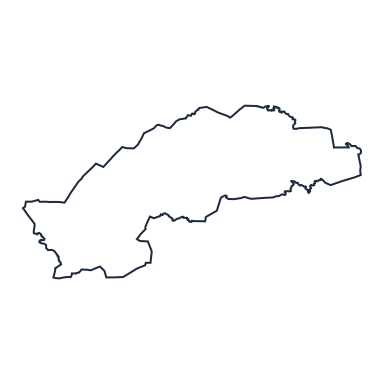 the district of Lauderu pag., Ludzas, Latvia
{"feature_id": "27541924B59482299052757", "entity_name": "Lauderu pag.", "entity_type": "district", "adm_level": 2, "iso_a3": "LVA", "parent_name": "Latvia", "parent_adm1": "Ludzas", "projection": "robinson", "projection_center": [27.977, 56.316], "detail": "fine", "context": "isolated", "style": "outline", "palette": "slate", "viewbox_px": 384, "rotation_deg": 0, "n_neighbors": 0, "source": "geoboundaries", "source_scale": "gbopen_adm2", "svg_char_len": 6010}
<svg xmlns="http://www.w3.org/2000/svg" viewBox="0 0 384 384"><path d="M278.9,196.1L281.6,194.5L283.2,194.4L284.5,195.0L285.0,195.0L285.3,194.8L285.5,194.5L285.7,193.1L284.7,192.2L284.6,191.9L284.9,191.4L285.4,191.3L288.2,191.1L289.3,191.5L290.6,191.2L290.9,190.9L290.9,190.7L290.5,188.8L291.7,187.0L291.5,186.3L291.6,186.0L293.1,185.1L293.6,184.6L293.8,183.9L293.4,183.3L291.3,181.2L291.5,181.1L292.0,181.0L294.5,181.4L296.2,182.9L296.6,183.0L297.4,182.7L298.1,183.3L298.6,184.5L299.8,185.5L300.1,185.5L300.8,185.0L301.3,185.0L302.5,185.5L304.1,186.6L305.6,186.5L305.9,186.6L306.0,186.9L305.5,187.9L305.4,188.4L305.7,188.9L307.5,189.8L307.9,190.7L307.9,191.8L308.1,192.2L308.9,192.9L309.4,192.4L309.4,192.0L309.6,191.7L310.1,191.2L310.1,190.8L309.0,190.1L309.1,189.7L310.9,188.5L311.1,188.2L311.1,187.9L310.5,187.2L310.4,186.5L310.1,186.2L310.1,185.9L310.7,185.6L311.2,184.9L311.5,184.9L312.1,185.4L312.7,185.5L314.1,185.2L313.9,183.9L314.9,183.4L315.1,182.7L315.1,182.0L314.6,181.7L314.9,181.1L315.2,180.9L315.8,180.8L317.0,181.3L317.6,181.2L318.9,180.1L320.0,180.2L320.7,180.0L321.1,179.6L320.8,179.4L320.6,179.1L320.7,178.9L321.2,178.8L322.3,179.7L322.3,179.8L322.7,180.0L325.2,182.7L330.6,185.1L342.4,181.0L353.9,177.6L360.8,175.0L360.2,171.0L360.7,166.2L358.3,154.5L359.2,154.5L360.8,153.1L361.0,151.2L360.8,150.1L360.4,149.3L359.5,148.5L357.6,148.1L356.6,147.5L356.0,146.5L355.3,145.9L352.3,146.1L351.6,146.1L351.2,145.8L350.7,145.0L349.5,143.9L348.4,143.3L347.7,143.1L347.1,143.1L346.4,143.3L346.1,143.5L345.9,144.0L346.3,144.5L347.8,145.4L348.7,147.4L334.0,147.5L332.1,136.2L330.7,129.7L326.7,128.1L326.1,128.2L323.1,127.6L321.8,127.2L298.9,128.2L296.1,128.9L293.6,128.7L293.4,128.3L293.2,127.8L293.1,125.5L295.0,123.6L295.3,122.8L294.9,122.3L294.8,121.6L295.0,120.9L295.4,120.3L295.3,119.8L294.7,119.4L293.5,119.2L292.9,119.4L292.6,119.3L292.4,118.8L292.8,117.5L292.0,117.1L291.3,117.1L289.7,116.4L288.3,115.0L288.1,114.0L286.6,113.9L285.9,113.6L285.3,113.1L284.4,111.7L284.0,111.4L283.4,111.4L281.6,112.7L281.3,112.5L281.5,111.6L281.4,111.5L281.0,111.4L280.2,111.9L279.6,111.9L278.9,110.5L279.6,109.2L279.6,108.7L278.6,107.8L277.5,108.1L277.3,107.3L277.0,107.1L275.9,106.8L275.1,106.8L274.0,106.5L274.0,107.1L273.6,107.7L274.3,108.3L273.7,108.8L273.6,109.1L274.2,110.0L274.2,110.3L273.6,110.4L273.4,109.9L273.0,109.7L271.9,109.9L271.9,110.6L271.7,110.8L271.3,110.7L270.5,110.1L268.6,110.5L268.1,110.5L267.9,110.1L267.9,109.7L267.0,108.7L267.0,108.3L268.6,106.8L268.9,106.3L268.7,106.0L267.8,105.9L265.0,106.7L264.0,107.5L263.0,107.8L261.6,107.5L261.1,107.0L260.0,107.1L259.0,106.5L258.1,106.6L257.2,106.4L256.9,106.0L244.6,105.7L239.7,109.5L235.0,113.7L233.4,115.2L230.6,117.3L229.9,117.6L229.5,117.2L227.4,115.9L217.9,112.5L214.2,110.5L206.6,106.9L199.3,108.0L198.0,109.4L198.2,109.7L197.4,109.9L194.9,112.3L195.0,113.6L194.8,114.0L193.9,114.2L192.5,113.5L192.1,113.5L191.2,115.0L191.2,115.5L190.9,115.8L188.6,115.3L187.8,115.2L186.8,117.1L185.1,118.4L185.2,118.5L179.7,119.3L176.1,121.3L172.6,125.4L169.8,128.2L166.0,127.5L163.0,125.9L162.3,125.9L160.3,125.4L159.3,124.8L157.2,125.0L155.5,126.5L153.9,128.2L153.0,128.8L144.0,133.2L141.3,138.9L139.3,142.0L138.2,144.3L136.4,146.1L133.7,148.4L126.6,148.2L122.2,147.0L119.3,150.2L116.7,152.5L113.4,155.9L106.5,163.6L103.3,167.0L95.9,163.6L93.5,166.3L83.5,175.8L82.4,177.2L81.2,179.2L79.6,180.5L77.6,182.7L76.5,184.5L71.2,192.1L69.2,195.2L68.4,196.8L64.5,202.6L60.4,202.2L59.5,202.0L51.5,201.9L49.2,202.1L48.1,201.8L44.4,201.7L39.7,201.8L38.3,199.9L31.5,201.7L25.9,201.7L25.1,206.6L23.0,208.2L25.7,211.8L25.8,212.3L34.6,223.9L34.5,226.9L34.2,227.9L33.7,231.9L33.9,233.3L35.8,233.6L36.8,234.2L36.9,233.9L37.5,234.1L37.6,233.7L37.9,233.6L38.2,233.1L39.1,232.9L40.8,234.0L41.2,234.7L41.2,235.6L41.7,236.0L41.7,236.4L42.0,236.7L42.4,236.7L42.4,236.9L42.7,237.1L42.9,237.1L44.5,238.9L44.3,239.3L44.3,239.8L43.6,240.2L42.4,240.0L42.1,240.1L41.1,239.8L40.9,240.0L40.9,240.4L40.2,240.3L39.8,240.5L39.6,240.8L39.9,241.2L39.8,241.7L39.4,242.1L40.5,243.0L42.6,243.5L44.2,243.7L46.1,245.1L46.2,248.2L46.5,248.6L47.5,249.3L48.1,250.1L51.7,249.9L52.7,250.2L54.2,251.0L55.3,252.2L56.5,254.1L57.0,254.4L57.1,254.9L57.6,255.3L57.5,255.7L58.0,255.8L58.1,256.4L58.6,256.8L58.3,257.6L58.9,258.7L58.7,259.3L58.7,260.4L59.3,260.5L59.6,261.7L60.5,262.2L60.6,262.7L60.5,263.1L61.2,264.2L61.1,264.4L55.2,268.3L55.4,269.1L54.1,275.0L53.4,277.4L55.5,278.1L58.6,278.3L60.1,278.3L61.3,277.9L65.3,277.2L67.8,277.0L70.7,277.1L71.8,274.8L71.9,273.4L76.0,273.5L76.4,273.0L78.9,272.6L80.4,271.0L81.5,269.5L88.1,269.8L89.2,270.2L91.1,270.2L99.4,266.7L100.1,266.7L104.4,270.8L106.3,277.4L113.9,277.4L123.2,277.0L137.3,268.4L145.1,265.3L145.8,262.8L150.5,262.8L151.6,253.0L151.7,252.1L151.5,250.6L147.8,241.4L141.0,241.1L140.0,240.9L138.1,240.0L136.9,239.0L137.8,238.2L138.2,237.4L140.4,234.4L145.6,229.0L145.3,227.2L145.9,225.5L147.7,221.3L150.0,216.6L153.8,218.2L154.2,218.1L159.9,216.1L160.1,216.0L160.8,214.4L162.1,215.1L162.5,215.1L163.1,214.0L163.6,213.6L164.8,213.3L165.4,213.4L165.8,214.0L167.4,214.5L168.5,215.3L168.9,215.8L168.8,216.0L169.5,216.8L171.2,217.6L171.6,218.1L172.6,218.7L172.7,219.0L172.4,219.6L172.4,220.4L172.7,220.7L173.4,220.8L174.6,220.5L176.2,219.3L178.0,218.5L178.9,218.5L180.0,217.7L182.1,216.9L182.6,217.0L182.9,216.7L183.2,216.8L183.3,217.5L183.5,217.8L184.2,217.6L185.5,218.0L186.0,217.9L186.3,217.7L187.1,217.9L187.2,218.4L187.7,218.7L187.2,219.1L187.2,219.3L187.6,219.7L188.3,219.9L188.2,220.2L188.7,220.4L188.8,220.8L189.2,221.1L189.3,221.6L189.7,221.8L190.4,221.6L191.2,221.9L191.5,221.9L191.7,221.4L191.6,220.9L191.8,220.7L192.6,221.0L193.0,220.9L194.3,221.1L205.1,221.3L205.7,218.5L205.6,217.3L205.8,217.1L206.5,216.6L216.7,210.8L217.4,208.9L220.8,197.9L221.3,197.4L224.7,195.6L225.7,195.5L226.7,196.0L226.1,197.4L226.1,197.7L227.5,198.2L228.2,199.0L232.1,199.1L234.2,199.1L240.8,198.1L244.1,197.0L244.6,197.0L250.1,198.6L252.0,198.8L265.2,197.8L272.7,197.5L275.4,196.5L276.7,196.2L278.9,196.1Z" fill="none" stroke="#1e293b" stroke-width="2"/></svg>